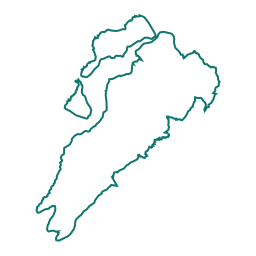 outline of Malorua, Shefa, Vanuatu
{"feature_id": "77236927B16755152791685", "entity_name": "Malorua", "entity_type": "district", "adm_level": 2, "iso_a3": "VUT", "parent_name": "Vanuatu", "parent_adm1": "Shefa", "projection": "natural_earth1", "projection_center": [168.26, -17.624], "detail": "fine", "context": "isolated", "style": "outline", "palette": "teal", "viewbox_px": 256, "rotation_deg": 0, "n_neighbors": 0, "source": "geoboundaries", "source_scale": "gbopen_adm2", "svg_char_len": 5662}
<svg xmlns="http://www.w3.org/2000/svg" viewBox="0 0 256 256"><path d="M208.9,106.9L208.4,105.4L208.5,104.8L211.6,102.7L211.9,101.4L213.1,100.0L215.0,94.4L215.8,93.9L213.1,93.2L215.3,90.8L215.2,88.8L215.8,87.6L218.7,85.8L218.9,82.5L219.5,82.1L218.1,79.5L217.8,76.3L216.6,75.1L216.5,74.0L215.7,72.6L216.2,70.2L215.8,67.8L214.9,67.4L214.4,67.6L212.9,66.8L211.4,67.3L211.4,66.9L209.4,66.5L209.3,65.9L208.3,65.5L207.1,64.2L204.9,64.2L203.7,62.6L202.9,59.8L200.5,58.0L199.3,56.0L199.1,54.7L198.5,54.6L197.5,53.3L195.7,53.2L195.6,52.3L195.1,52.1L194.7,51.0L194.0,51.1L193.0,52.8L187.2,54.9L186.0,56.5L185.1,56.6L184.4,58.0L183.6,58.3L182.6,54.6L181.1,54.8L179.9,53.3L179.9,52.4L175.3,47.8L174.2,43.7L174.0,41.8L174.3,39.1L173.9,36.7L172.2,34.2L170.9,33.5L163.7,31.8L160.2,32.3L158.4,34.3L157.5,36.9L156.6,37.9L151.8,41.9L150.6,42.4L143.9,43.6L142.2,45.1L139.8,48.2L137.7,49.9L135.9,50.8L135.6,52.7L136.1,54.4L136.6,54.8L136.5,55.7L138.5,56.0L138.9,56.8L139.9,57.4L141.6,60.1L140.3,59.6L140.2,58.3L139.9,58.3L138.2,59.8L137.0,61.5L134.6,61.5L133.8,62.4L133.1,62.6L132.9,63.3L133.3,64.0L132.6,63.6L131.9,67.3L131.8,71.0L131.0,73.0L128.6,74.2L126.3,73.9L125.0,74.9L120.7,76.0L119.1,75.6L113.0,78.8L109.2,79.3L109.2,81.4L107.4,84.3L106.4,90.4L105.6,91.0L105.9,91.5L105.7,95.5L106.5,101.9L106.7,109.9L105.4,111.3L103.5,112.4L102.7,117.0L99.5,121.5L96.3,124.3L95.5,125.9L93.9,126.5L90.6,129.1L89.8,131.0L88.2,131.6L86.1,131.0L84.6,131.3L80.9,134.2L79.5,134.4L78.1,133.9L74.8,135.7L72.0,138.8L71.7,141.1L69.7,144.6L64.2,148.0L64.0,153.5L63.7,154.2L61.9,155.3L60.8,157.4L61.0,158.6L62.2,160.2L61.8,161.4L60.1,162.6L60.9,164.8L59.9,167.0L60.5,168.1L60.6,169.4L59.6,170.5L56.9,175.8L56.7,178.7L54.9,180.6L54.9,182.6L53.8,183.5L53.6,185.0L51.5,186.7L50.9,189.3L49.6,190.3L49.2,191.6L49.7,192.7L49.6,193.2L48.7,193.3L47.2,195.4L47.5,196.0L46.7,196.8L44.3,197.1L43.1,198.1L43.3,199.3L42.0,200.5L41.4,203.2L39.5,204.1L38.4,206.1L37.0,207.0L37.2,208.3L36.5,209.7L37.0,211.7L37.8,212.7L39.6,212.5L44.4,209.6L48.9,208.6L49.4,207.8L52.7,205.8L54.1,206.3L54.8,206.1L55.4,208.1L55.1,210.9L53.3,215.5L50.3,219.2L49.0,222.2L48.7,223.9L47.8,224.8L47.1,228.8L47.3,230.1L48.1,231.2L48.8,231.5L52.0,230.7L54.3,230.9L55.9,231.7L58.1,231.4L57.3,232.1L58.7,233.0L58.0,234.0L58.3,234.4L56.7,236.3L56.2,237.8L56.0,239.6L56.4,240.3L59.0,240.6L67.7,236.4L70.3,234.2L73.9,229.0L75.0,225.2L75.5,220.8L76.0,219.5L80.2,215.5L80.9,215.3L84.0,211.0L86.5,209.6L89.5,206.0L94.3,202.7L95.0,200.4L98.7,195.4L101.6,193.7L101.7,192.7L102.6,191.4L107.1,189.4L109.2,186.8L110.4,186.3L111.1,185.0L117.0,185.8L112.1,177.2L113.2,177.0L112.8,175.8L113.6,175.0L114.0,172.7L117.2,171.8L117.6,172.3L119.1,170.6L124.0,168.5L126.3,165.6L128.4,164.4L130.4,162.7L136.1,160.0L137.8,158.6L138.3,156.8L138.2,155.0L139.2,154.8L140.4,156.7L141.6,156.5L143.7,157.8L144.9,157.9L145.4,156.8L145.9,156.7L146.4,155.8L147.1,155.7L146.4,154.6L146.0,154.8L145.2,154.1L145.8,151.5L147.8,150.6L149.3,146.8L151.4,147.7L152.1,147.1L151.8,146.3L152.1,145.8L153.2,145.8L152.6,144.8L153.5,144.0L154.7,144.1L154.2,142.6L155.2,141.9L154.6,141.4L154.6,139.8L156.7,139.8L157.2,139.0L158.1,138.8L158.6,139.0L158.7,139.8L159.4,139.9L159.6,139.1L159.3,137.9L159.7,137.7L160.4,139.2L161.5,139.4L162.3,137.4L162.9,137.9L163.6,137.0L165.5,138.0L166.0,137.1L167.4,136.7L167.9,137.0L168.3,136.0L169.1,135.7L169.1,134.8L167.4,133.0L164.9,132.5L168.3,130.0L169.0,126.8L168.2,124.7L168.7,122.6L168.4,121.7L168.7,120.1L167.2,117.8L167.0,116.6L168.6,116.6L169.7,117.6L170.7,117.3L172.2,117.5L173.2,118.3L175.0,118.6L175.6,119.5L176.4,118.8L177.1,119.8L178.6,119.2L180.7,119.6L180.9,120.1L182.1,120.2L184.8,117.4L186.7,114.6L187.6,112.2L188.5,111.0L189.9,110.1L190.7,108.4L191.9,107.0L192.9,106.7L192.8,105.9L194.0,102.0L194.9,101.3L195.0,97.3L198.2,98.1L200.7,97.8L202.2,98.9L203.4,101.1L204.4,101.7L205.8,104.1L205.7,106.3L204.8,108.0L204.3,110.0L204.7,111.0L206.2,108.6L206.1,107.6L208.9,106.9ZM143.7,16.9L139.8,15.4L140.0,16.1L138.6,16.5L136.1,16.1L135.9,16.5L135.0,16.0L134.7,17.0L133.1,17.1L132.4,18.1L132.3,19.7L131.7,20.5L130.9,20.7L130.3,20.3L130.1,20.7L129.0,21.0L127.1,22.8L126.0,24.6L124.8,25.2L125.5,27.6L125.2,29.2L122.2,29.3L118.7,30.6L115.8,31.0L111.0,30.5L108.5,29.7L107.2,29.9L104.7,32.0L102.5,31.9L100.7,32.6L98.5,35.9L97.7,35.7L97.8,37.5L96.1,38.4L94.7,38.6L93.1,41.1L92.8,44.8L92.4,45.1L92.5,45.9L94.1,48.3L94.0,49.1L93.0,49.5L94.6,52.7L94.9,54.6L95.7,56.2L95.8,57.6L95.3,58.4L95.4,59.8L94.4,60.6L89.6,62.2L89.9,62.7L88.3,63.1L87.4,64.0L86.9,64.9L87.0,65.7L86.5,66.2L84.9,67.4L84.0,67.0L83.9,68.0L82.7,68.8L83.2,68.8L82.8,70.0L81.7,71.3L81.9,72.0L81.5,72.4L81.1,74.5L81.6,76.1L82.4,76.6L84.1,76.5L85.5,77.2L86.9,77.1L89.5,75.2L91.3,73.5L94.3,69.4L98.5,65.6L100.0,60.8L101.0,59.3L104.1,58.6L106.5,57.3L109.4,56.3L112.0,58.2L114.4,57.7L115.4,56.2L116.1,55.8L120.6,55.9L122.6,56.8L123.4,56.0L123.5,54.9L124.2,53.8L126.8,50.5L127.3,47.1L127.7,46.6L130.0,46.6L138.1,41.1L139.8,41.4L144.6,37.8L147.4,37.6L151.7,39.0L154.0,37.1L155.7,36.4L155.5,34.8L154.5,32.8L148.6,22.7L144.6,17.6L143.7,16.9ZM75.8,115.2L86.4,118.6L87.6,118.3L88.5,116.1L90.2,115.0L91.3,110.1L90.3,107.5L87.0,102.6L85.3,96.9L84.5,95.9L83.1,95.0L81.9,92.8L81.9,90.1L82.4,87.8L82.3,85.3L81.3,84.5L80.5,81.9L79.1,80.8L78.4,79.5L78.0,80.4L76.0,80.7L75.4,81.2L76.2,82.2L78.2,82.6L78.8,84.6L78.5,85.8L77.3,87.2L77.5,87.7L77.1,88.1L77.0,89.6L76.4,89.8L76.3,90.7L75.6,91.6L75.7,92.8L74.5,93.8L74.2,94.6L73.5,94.6L72.9,95.7L71.1,96.5L71.3,97.1L70.8,97.6L70.5,99.7L68.9,99.5L69.4,100.8L68.5,100.9L68.1,100.4L67.2,101.4L67.4,102.3L67.1,103.4L65.2,105.4L64.7,107.9L66.0,109.1L70.0,111.0L75.8,115.2ZM95.8,37.7L95.1,37.2L94.9,37.6L95.8,37.7Z" fill="none" stroke="#0f766e" stroke-width="2"/></svg>